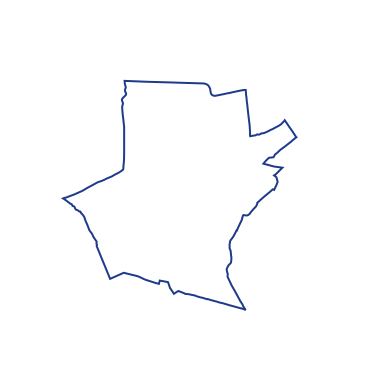 the district of Tocatlán, Tlaxcala, Mexico, rotated 153°
{"feature_id": "50627088B10833441398777", "entity_name": "Tocatlán", "entity_type": "district", "adm_level": 2, "iso_a3": "MEX", "parent_name": "Mexico", "parent_adm1": "Tlaxcala", "projection": "mercator", "projection_center": [-98.02, 19.391], "detail": "fine", "context": "isolated", "style": "outline", "palette": "blue", "viewbox_px": 384, "rotation_deg": 153, "n_neighbors": 0, "source": "geoboundaries", "source_scale": "gbopen_adm2", "svg_char_len": 4706}
<svg xmlns="http://www.w3.org/2000/svg" viewBox="0 0 384 384"><g transform="rotate(153 192 192)"><path d="M304.4,151.8L289.5,151.0L278.7,141.7L276.5,139.1L274.6,136.5L272.8,134.4L270.4,132.1L268.4,130.1L266.3,128.0L264.9,126.7L263.2,125.2L260.9,127.7L254.3,122.6L254.4,121.8L255.2,116.2L255.0,115.9L255.0,115.4L254.3,109.5L250.9,109.9L249.1,110.0L244.9,105.3L244.4,104.4L241.0,102.2L239.6,101.0L236.2,98.3L235.5,97.3L231.9,93.9L231.1,93.4L227.3,89.7L226.9,89.7L223.0,86.0L218.7,82.2L218.3,81.6L214.7,78.6L210.0,74.1L201.3,66.2L199.1,64.3L197.8,62.4L198.2,66.3L198.1,69.2L198.5,72.7L198.7,82.3L198.9,86.9L199.1,90.6L198.8,100.2L198.2,101.4L197.5,102.5L197.2,103.2L197.2,103.9L197.0,105.0L196.3,107.2L195.9,107.8L195.4,108.2L193.7,109.5L192.3,110.3L190.3,110.9L189.5,111.3L188.9,112.0L188.0,113.3L186.5,116.0L186.2,117.2L184.3,122.0L184.2,122.6L184.2,123.7L184.0,124.7L183.8,125.4L183.2,126.3L182.4,128.1L181.3,129.6L180.3,130.9L179.7,131.4L179.1,131.7L177.8,132.3L176.2,133.1L174.5,134.1L169.7,137.6L169.5,137.3L166.6,139.7L163.4,142.2L162.2,143.1L161.3,143.8L160.1,144.7L158.9,146.2L157.3,147.8L156.7,148.1L156.4,148.0L154.6,146.6L154.1,146.4L153.6,146.2L153.0,146.0L152.4,146.0L150.5,146.3L150.2,146.6L149.6,146.9L148.7,147.3L147.9,147.7L146.6,148.2L145.9,148.5L144.7,149.0L143.4,149.4L141.8,150.0L141.6,150.1L141.0,150.4L139.1,152.0L138.8,152.4L138.7,152.8L135.7,153.5L134.7,153.9L133.8,154.1L128.9,155.3L126.8,155.8L125.7,156.0L124.0,156.4L123.0,156.6L120.4,157.3L118.8,157.7L118.5,157.4L117.9,156.6L116.2,157.9L114.3,159.3L111.1,162.1L111.0,162.5L110.9,162.8L110.8,163.4L110.4,165.1L110.2,166.2L110.1,166.8L110.5,167.8L111.1,169.0L111.3,169.5L110.8,169.5L110.4,169.6L109.5,169.7L100.4,172.6L105.2,176.0L106.3,176.7L107.7,177.8L109.1,179.0L110.6,180.4L111.4,181.1L111.6,181.4L112.6,182.2L114.7,184.0L115.5,184.8L114.0,185.5L111.4,186.5L110.1,186.9L108.3,187.5L107.8,187.4L107.5,187.4L104.0,186.1L103.6,186.0L103.2,186.2L101.2,187.6L100.9,187.8L100.5,187.9L100.1,187.9L99.7,188.0L99.3,188.0L98.8,188.1L98.3,188.2L97.1,188.6L95.4,189.1L93.9,189.5L91.8,189.8L91.5,189.9L90.2,190.1L88.3,190.4L86.4,190.8L84.3,191.2L81.1,191.8L78.1,192.6L76.6,192.9L74.2,193.4L74.3,193.6L74.4,194.8L74.5,195.7L74.6,196.8L74.7,197.6L74.9,199.7L75.2,201.9L75.8,206.0L76.3,210.0L76.6,212.5L76.7,213.0L76.7,213.4L76.7,213.6L76.8,213.9L77.6,213.4L81.4,212.1L82.6,211.8L84.6,211.6L85.6,211.6L87.2,211.6L89.6,211.5L91.1,211.5L92.7,211.5L93.9,211.7L95.0,211.6L96.5,211.5L97.3,211.6L99.0,211.6L100.6,211.8L101.9,212.0L102.8,212.4L103.6,212.7L105.4,212.6L106.4,212.7L107.1,213.3L108.0,213.8L108.7,213.7L109.4,213.6L110.4,213.9L111.3,214.2L112.8,214.7L113.7,214.9L114.8,215.3L114.7,215.6L114.6,215.9L114.5,216.3L113.6,217.9L112.8,219.8L112.0,221.5L110.2,225.7L109.2,228.5L107.2,234.0L105.5,238.5L103.3,244.3L102.9,245.3L102.5,246.6L101.5,249.2L100.5,251.6L99.8,253.8L97.8,258.5L99.3,259.3L101.2,259.9L106.5,261.4L108.5,261.9L111.4,262.7L112.1,262.8L116.9,264.2L118.9,264.7L123.9,266.1L127.8,267.2L128.2,267.5L129.0,268.0L129.4,268.4L130.2,269.6L130.4,270.9L130.2,272.0L129.9,272.9L129.5,274.2L129.0,275.8L128.9,277.2L129.0,278.4L129.1,279.4L129.4,280.1L130.1,281.4L131.5,282.8L132.8,283.7L135.0,284.9L141.4,288.4L147.1,291.5L154.2,295.4L160.7,299.0L181.8,310.5L201.6,321.6L202.5,319.5L203.0,317.7L203.2,316.3L203.5,315.4L204.0,314.7L204.8,314.0L205.3,313.4L205.7,312.8L205.9,312.0L206.0,309.7L206.2,309.2L206.7,308.6L207.7,308.2L209.2,307.7L210.6,307.3L211.8,306.7L212.5,306.2L212.8,305.5L213.0,304.1L213.1,302.8L213.4,302.1L214.4,300.9L215.2,300.1L215.8,299.1L216.3,298.0L218.8,291.9L220.5,287.1L221.7,284.1L222.7,281.3L223.5,279.6L224.9,276.9L227.2,272.4L234.0,259.0L237.0,253.3L238.7,250.3L240.7,247.2L242.2,244.7L242.7,243.9L243.3,243.2L244.0,243.1L245.6,242.8L248.0,242.5L250.1,242.5L252.7,242.5L254.9,242.4L255.9,242.3L257.2,242.3L259.1,242.5L262.1,242.7L264.4,242.7L266.6,242.8L268.4,243.0L270.1,243.3L272.3,243.5L274.3,243.4L277.4,243.3L283.1,243.2L285.9,243.0L289.7,242.8L292.8,243.0L295.2,243.1L298.5,243.3L301.7,243.7L305.9,244.1L308.8,244.7L309.8,244.8L308.8,243.1L307.9,241.4L306.9,239.3L306.0,237.6L305.9,237.0L305.4,236.5L304.9,235.9L304.7,235.5L304.7,235.2L304.8,234.6L304.8,234.0L304.7,233.7L304.4,233.4L303.9,233.1L303.6,232.7L303.5,232.2L303.5,231.5L303.6,230.7L303.6,230.0L303.5,229.2L303.2,228.6L302.8,228.4L302.5,228.1L301.9,227.2L301.6,226.7L301.3,225.8L300.5,225.4L300.3,224.8L300.4,223.5L299.9,222.2L299.6,220.9L299.3,218.4L299.6,217.1L300.0,214.1L300.1,211.2L300.4,207.9L300.8,204.8L300.5,202.5L300.2,201.3L300.0,199.6L300.2,197.4L300.0,194.9L299.6,191.8L299.5,191.0L299.9,190.3L300.3,189.8L300.6,189.4L300.7,188.9L300.6,188.2L301.5,187.0L304.4,151.8Z" fill="none" stroke="#1e3a8a" stroke-width="2"/></g></svg>